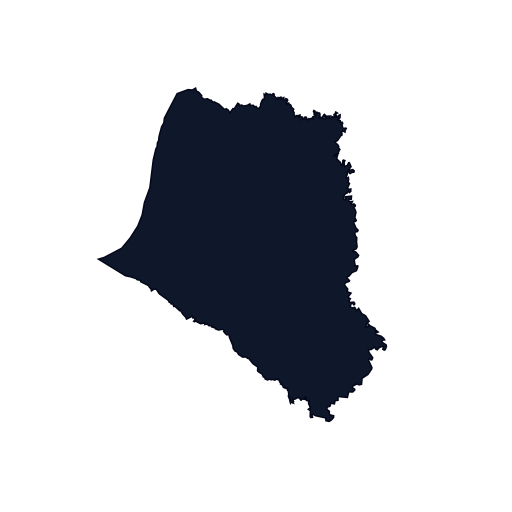 the district of Khon Sawan, Chaiyaphum, Thailand, rotated 332°
{"feature_id": "78962969B35763800993101", "entity_name": "Khon Sawan", "entity_type": "district", "adm_level": 2, "iso_a3": "THA", "parent_name": "Thailand", "parent_adm1": "Chaiyaphum", "projection": "mercator", "projection_center": [102.296, 15.922], "detail": "fine", "context": "isolated", "style": "filled", "palette": "ink", "viewbox_px": 512, "rotation_deg": 332, "n_neighbors": 0, "source": "geoboundaries", "source_scale": "gbopen_adm2", "svg_char_len": 6156}
<svg xmlns="http://www.w3.org/2000/svg" viewBox="0 0 512 512"><g transform="rotate(332 256 256)"><path d="M115.4,184.8L131.5,212.2L135.6,215.6L139.5,219.7L139.9,221.1L142.4,223.1L142.2,224.7L147.2,231.7L147.2,233.9L147.9,235.3L147.3,237.7L150.3,237.4L152.4,238.5L152.8,243.8L157.7,253.8L157.7,256.2L158.6,256.9L158.6,258.6L160.1,259.1L159.7,262.0L160.8,262.3L162.9,268.4L163.7,268.0L164.1,273.2L165.2,277.1L165.0,279.1L171.3,279.3L171.2,281.2L173.2,281.9L171.7,283.9L170.3,284.4L170.7,285.1L172.1,285.2L175.3,289.8L178.6,290.9L179.3,292.0L178.7,292.5L180.9,293.1L181.7,295.5L184.1,296.7L183.5,297.7L185.0,299.2L184.8,299.8L185.5,299.1L186.2,299.4L185.9,301.2L188.2,303.8L192.3,305.1L193.0,306.9L192.0,307.5L192.4,309.8L193.2,312.0L194.8,312.4L195.1,314.3L195.0,315.0L194.4,314.9L193.5,324.3L192.5,326.7L192.8,330.0L194.3,331.9L194.4,334.8L196.7,339.0L200.0,340.6L200.4,342.3L201.4,342.9L202.8,349.8L205.5,355.1L203.7,357.5L203.5,358.8L206.0,363.3L205.7,366.1L206.8,367.7L206.3,368.8L208.1,371.0L210.0,370.8L211.1,372.4L212.5,372.7L214.4,374.5L216.9,374.4L217.3,375.6L218.2,375.7L217.8,379.0L218.7,380.9L217.8,380.9L218.8,382.7L218.5,384.9L219.6,385.3L219.6,386.5L220.6,386.3L221.1,387.8L221.7,387.8L220.8,389.0L221.1,390.7L219.6,394.2L218.8,394.8L218.4,397.9L219.3,398.0L217.9,399.5L217.4,402.1L218.1,401.6L219.7,403.2L219.6,402.6L220.8,402.4L221.2,399.8L223.3,400.7L226.4,400.6L227.8,402.2L227.8,404.1L228.3,404.5L229.9,404.1L231.8,405.5L232.9,403.9L233.8,403.8L232.7,406.9L233.2,407.9L234.8,408.6L233.1,411.0L232.8,415.5L230.2,415.9L231.4,418.1L228.5,423.1L228.5,424.3L230.2,425.0L230.9,422.4L231.8,422.2L233.5,424.9L241.5,431.7L240.4,434.3L242.9,436.4L245.6,436.2L248.7,435.0L249.6,433.5L246.7,431.0L246.8,429.2L247.9,427.6L246.6,424.7L247.8,422.8L250.7,423.4L253.1,421.2L255.8,423.4L257.9,420.9L260.7,421.9L262.4,418.6L270.3,423.8L274.0,419.5L277.6,421.5L280.3,420.7L280.6,419.7L279.4,417.9L280.0,416.3L285.0,416.4L286.7,418.3L289.0,418.8L292.2,413.8L299.4,413.1L305.2,410.0L306.0,408.8L306.4,400.4L307.7,399.7L308.5,401.5L309.5,402.1L311.3,400.7L310.5,394.0L311.3,391.4L313.6,392.6L317.9,392.2L318.1,394.7L319.0,395.8L322.0,394.7L325.8,395.3L325.9,396.2L324.1,397.9L325.1,399.4L326.3,399.3L328.8,397.0L329.2,395.6L326.9,391.4L327.9,389.6L330.2,390.5L330.1,388.6L328.9,385.6L325.2,381.8L325.8,379.1L327.3,380.5L328.2,380.5L326.8,377.3L327.1,375.7L324.0,371.2L323.2,368.8L321.6,371.0L319.4,370.1L322.4,367.4L325.2,366.8L324.7,360.2L322.3,356.5L322.1,350.4L319.2,351.5L319.0,347.6L316.8,347.1L315.1,345.3L318.2,342.3L319.1,343.2L319.4,345.0L320.3,345.1L321.0,344.0L320.7,342.6L317.4,341.2L316.9,340.3L317.1,339.4L319.3,337.9L318.1,336.2L318.4,335.3L322.5,333.4L319.8,330.4L321.5,328.2L320.5,323.2L322.3,321.6L326.3,322.2L327.0,321.8L326.1,318.3L326.6,317.3L328.8,317.4L332.9,315.7L337.8,316.1L341.0,313.2L341.2,312.4L339.9,312.0L339.2,310.6L340.8,305.8L342.4,304.8L345.4,304.7L346.9,303.6L345.9,299.1L345.1,298.1L343.8,297.9L343.8,297.1L345.5,296.3L347.6,296.8L349.6,295.4L351.5,290.5L353.6,287.2L353.2,284.5L354.1,282.0L354.9,281.4L357.1,282.1L358.3,281.1L357.4,278.2L357.9,272.5L358.5,271.6L360.2,272.2L361.3,271.6L361.3,268.5L364.8,264.3L365.3,261.2L364.7,259.0L366.8,258.8L367.6,257.8L366.9,255.9L364.9,255.8L364.1,255.0L366.8,253.1L364.1,252.0L363.9,250.2L365.1,249.7L366.8,250.6L368.5,247.9L362.7,245.7L362.1,246.0L362.2,247.8L361.4,248.5L360.1,246.7L360.2,245.4L363.7,243.1L366.0,243.2L368.1,242.3L368.4,243.9L370.1,243.4L371.2,241.3L369.1,240.7L368.8,238.9L372.6,235.9L372.0,234.0L373.7,232.0L374.5,229.9L372.7,229.9L372.4,228.7L374.6,227.1L376.2,224.4L377.3,224.8L377.3,226.9L377.9,227.4L379.8,227.2L381.7,228.0L382.7,226.9L382.0,225.1L378.8,224.3L378.1,223.5L381.9,221.7L382.2,217.3L381.6,217.1L379.1,218.9L376.3,218.7L377.5,215.1L379.3,213.5L378.2,212.3L377.4,212.6L375.0,216.3L374.0,216.4L374.4,212.8L373.0,208.6L373.5,207.2L375.4,205.3L374.8,204.5L372.9,204.8L372.2,204.1L374.0,203.7L376.8,204.3L377.6,202.9L380.1,201.3L379.6,199.1L380.5,198.1L380.4,195.8L379.5,194.3L379.5,192.4L382.2,192.3L387.4,189.6L388.9,189.5L390.0,186.3L391.6,186.6L392.7,188.4L393.7,186.9L395.6,185.8L395.4,185.2L393.3,184.5L392.7,183.3L393.4,181.5L393.0,180.3L394.7,179.9L395.0,178.4L393.2,177.4L393.9,176.0L392.2,174.5L395.1,173.3L396.6,170.8L394.7,170.7L392.7,172.0L392.8,168.7L393.7,167.9L395.0,168.0L394.0,166.3L392.4,167.7L391.2,167.7L390.9,169.0L391.7,170.4L390.4,170.4L388.6,168.6L386.5,169.7L385.2,168.6L387.4,167.3L383.7,165.6L382.9,163.0L382.1,163.2L381.7,164.4L382.0,166.1L383.2,167.4L381.0,167.7L380.0,165.9L380.3,164.3L378.6,165.4L377.9,164.6L378.3,163.7L376.6,163.4L378.8,161.5L379.3,159.8L378.8,159.1L376.9,159.0L377.5,157.9L375.8,156.6L376.1,155.6L375.5,154.7L374.6,155.3L374.5,157.3L373.8,158.2L374.7,158.9L374.1,160.7L373.3,159.8L371.4,159.8L370.6,161.5L369.8,160.4L367.4,160.2L367.2,159.5L365.1,159.9L364.1,158.5L365.5,158.1L365.4,156.7L364.0,156.3L363.1,157.4L360.3,156.8L362.1,156.0L362.0,154.8L359.1,153.4L360.8,152.9L361.1,152.1L359.0,151.9L358.0,151.1L356.1,151.4L356.1,148.3L357.0,147.4L356.8,145.4L358.2,144.0L357.2,141.5L357.6,139.1L356.5,137.3L356.7,136.3L355.3,136.0L354.5,136.5L354.0,135.6L357.2,133.3L357.0,131.8L356.3,131.2L356.4,132.2L355.5,132.3L353.8,131.1L354.8,129.2L352.3,129.4L351.9,128.8L353.0,127.9L352.6,127.4L350.6,127.2L349.9,126.4L349.1,127.5L348.5,127.1L347.1,123.0L348.0,121.9L347.8,120.9L347.1,120.7L346.6,121.5L345.3,121.2L345.0,120.2L342.5,118.8L341.3,116.9L340.3,118.3L339.2,116.8L337.4,121.1L335.8,120.8L334.3,121.5L331.4,124.0L330.5,125.7L327.8,127.1L326.5,126.0L326.3,124.0L324.9,123.9L324.5,121.8L321.6,120.2L322.0,118.8L319.3,118.9L315.7,117.9L314.2,116.0L311.9,115.1L312.4,113.9L311.6,112.5L306.0,115.8L304.9,115.0L299.9,117.4L300.1,114.3L298.9,112.0L297.4,112.1L296.7,111.0L294.6,104.7L291.4,100.2L290.0,100.0L289.7,97.5L288.4,96.6L286.9,94.3L283.9,93.3L282.3,90.4L283.4,88.8L282.3,84.4L280.8,82.3L281.5,79.4L277.6,79.5L274.2,77.2L262.6,75.6L239.9,91.2L237.1,95.2L233.4,97.5L226.7,104.7L223.8,108.8L222.3,109.5L220.0,113.0L217.8,114.5L210.4,122.9L194.4,145.8L182.6,156.4L174.7,166.4L165.5,174.2L153.2,181.1L141.0,186.1L121.3,186.0L115.4,184.8Z" fill="#0f172a" stroke="#020617" stroke-width="1.5"/></g></svg>